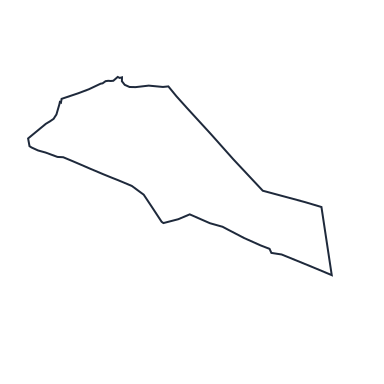 outline of El Mejrya, Tagant, Mauritania, rotated 133°
{"feature_id": "47542326B50345645287156", "entity_name": "El Mejrya", "entity_type": "district", "adm_level": 2, "iso_a3": "MRT", "parent_name": "Mauritania", "parent_adm1": "Tagant", "projection": "equal_earth", "projection_center": [-12.048, 17.981], "detail": "fine", "context": "isolated", "style": "outline", "palette": "slate", "viewbox_px": 384, "rotation_deg": 133, "n_neighbors": 0, "source": "geoboundaries", "source_scale": "gbopen_adm2", "svg_char_len": 998}
<svg xmlns="http://www.w3.org/2000/svg" viewBox="0 0 384 384"><g transform="rotate(133 192 192)"><path d="M114.7,87.1L122.3,102.4L133.2,123.0L142.8,141.1L139.9,184.1L136.8,217.3L134.0,252.9L132.6,268.7L130.9,281.3L135.0,284.9L143.7,296.2L153.8,304.8L157.8,309.3L159.5,314.3L158.8,318.8L155.9,321.4L157.9,322.7L158.5,324.8L164.3,325.4L166.2,327.1L167.8,329.1L169.9,330.8L173.5,331.5L175.1,332.7L187.2,337.5L197.5,342.6L212.8,350.9L216.0,348.8L216.3,350.0L218.1,348.9L227.8,344.0L230.3,343.6L232.9,343.1L236.9,344.0L241.8,345.4L249.4,346.4L264.6,348.4L269.3,342.1L268.9,339.8L266.6,332.9L263.0,326.0L258.1,314.3L254.4,309.9L250.8,300.2L247.7,291.6L244.4,282.3L239.6,269.2L236.2,260.3L233.8,254.2L228.6,240.1L227.3,228.9L226.9,225.5L230.0,212.4L234.5,193.9L234.2,191.7L221.3,183.5L209.9,178.4L202.6,157.6L197.4,147.5L196.6,146.0L194.9,139.7L190.1,122.4L184.3,105.5L180.7,96.5L182.4,92.4L178.4,86.5L176.6,83.9L164.9,53.1L157.5,33.1L114.7,87.1Z" fill="none" stroke="#1e293b" stroke-width="2"/></g></svg>